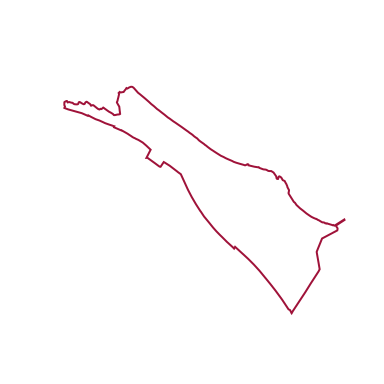 the district of Ainaži, Salacgrivas, Latvia, rotated 112°
{"feature_id": "27541924B80186779852289", "entity_name": "Ainaži", "entity_type": "district", "adm_level": 2, "iso_a3": "LVA", "parent_name": "Latvia", "parent_adm1": "Salacgrivas", "projection": "mercator", "projection_center": [24.349, 57.852], "detail": "fine", "context": "isolated", "style": "outline", "palette": "rose", "viewbox_px": 384, "rotation_deg": 112, "n_neighbors": 0, "source": "geoboundaries", "source_scale": "gbopen_adm2", "svg_char_len": 4776}
<svg xmlns="http://www.w3.org/2000/svg" viewBox="0 0 384 384"><g transform="rotate(112 192 192)"><path d="M148.7,306.8L149.0,307.0L149.1,307.7L149.1,307.9L150.1,308.8L150.1,308.7L150.2,308.8L150.2,309.0L150.2,309.4L150.2,309.9L149.9,311.3L148.7,315.2L148.5,315.9L148.8,316.8L148.9,317.0L149.1,317.3L149.5,317.5L149.7,317.8L149.8,318.0L149.7,318.2L148.9,319.0L148.5,320.0L148.4,320.8L147.8,323.1L147.8,323.4L147.9,323.7L148.3,324.0L149.0,324.4L149.8,324.5L150.3,324.5L150.6,324.6L150.9,324.9L151.1,325.2L151.2,325.5L151.1,326.9L151.0,327.8L150.7,329.0L150.7,329.6L150.7,329.9L150.8,330.2L151.0,330.4L151.4,330.6L151.7,330.6L152.5,330.5L153.1,330.6L153.5,330.9L153.6,331.1L153.9,331.6L154.3,332.8L154.5,333.3L154.6,333.9L154.6,334.5L154.5,335.0L154.1,336.0L154.1,336.5L154.3,337.0L154.4,337.8L154.6,339.6L155.5,340.8L155.2,341.3L154.6,341.8L154.5,342.1L154.6,342.4L155.2,343.0L156.3,343.9L156.7,343.9L158.6,343.2L159.4,342.8L160.3,341.8L161.1,341.8L161.4,341.9L161.9,341.8L161.8,337.8L160.8,328.9L160.2,323.7L160.4,317.8L160.4,317.0L159.8,316.9L160.2,313.3L160.4,310.9L160.6,308.7L160.4,304.6L160.6,300.1L160.7,298.8L160.7,297.9L160.5,293.6L160.3,290.6L160.3,289.5L160.3,289.0L160.2,288.7L161.2,288.6L161.3,284.7L161.4,280.3L161.2,280.3L161.8,275.7L162.1,273.5L162.5,271.7L162.9,269.6L163.2,268.2L163.3,268.0L163.5,266.5L163.5,265.4L163.6,264.6L163.7,264.0L163.8,261.2L164.6,256.2L166.1,251.8L168.3,246.2L177.4,247.0L177.0,246.1L179.2,237.1L180.4,232.5L180.6,231.6L180.5,230.9L180.4,230.6L174.8,229.4L174.9,228.6L176.0,222.5L178.5,213.5L178.8,212.6L179.7,209.0L184.7,203.7L190.3,197.8L191.6,196.4L196.8,190.3L201.9,183.7L206.5,177.2L206.8,176.6L210.3,171.5L210.4,171.3L210.5,171.1L210.6,170.9L213.8,165.0L217.1,159.1L218.7,155.9L218.9,155.5L219.3,154.7L221.2,150.4L222.5,147.2L225.2,140.9L228.0,133.3L228.7,131.8L226.7,131.5L232.9,115.0L236.1,107.5L239.7,100.0L247.8,85.2L252.3,77.4L258.0,68.2L264.6,58.6L264.8,56.8L266.7,54.7L266.9,54.5L267.1,54.2L266.5,54.1L264.7,53.9L242.4,49.4L232.1,47.6L218.2,44.9L215.8,44.7L209.8,48.4L201.3,53.7L200.6,54.0L200.3,54.0L186.4,54.0L173.2,42.9L171.6,43.2L170.9,43.7L170.1,45.0L169.3,46.0L165.2,43.2L160.8,40.1L160.4,40.5L169.5,47.0L169.8,47.2L169.8,47.9L169.7,48.0L169.7,48.3L169.8,48.3L169.9,48.6L170.0,48.7L170.0,48.9L170.1,49.0L170.1,49.8L170.6,55.1L170.7,55.3L170.9,55.5L171.0,55.6L171.0,55.8L171.0,56.0L170.9,56.0L171.0,56.2L171.0,56.5L171.1,56.9L171.0,57.1L170.9,57.2L170.8,57.6L170.9,58.6L171.0,58.7L171.1,59.1L171.2,59.4L171.2,59.5L171.3,59.7L171.3,59.8L171.3,60.1L171.0,62.1L170.8,63.2L170.7,63.8L170.7,65.1L170.6,65.3L170.5,65.6L170.5,66.1L170.5,66.5L170.4,66.6L170.4,66.9L170.5,67.1L170.5,67.9L170.5,69.2L170.3,71.9L169.8,74.4L169.0,77.9L167.6,82.3L166.7,85.6L165.9,87.7L165.3,89.2L165.0,90.1L163.4,92.5L163.0,93.9L157.3,101.8L156.5,102.2L156.1,102.2L155.8,102.2L155.4,102.4L155.1,102.4L154.8,102.5L154.3,102.6L153.8,102.9L151.8,105.3L151.0,105.8L150.4,106.4L149.8,107.0L149.3,107.5L148.4,108.7L147.1,110.2L147.0,112.3L145.2,114.6L144.8,116.0L144.8,116.9L145.1,117.2L145.9,117.3L147.6,117.1L147.9,117.7L147.9,118.3L147.5,118.8L146.0,119.7L145.0,121.2L143.4,123.7L142.9,126.4L143.5,127.8L143.8,128.9L143.8,130.0L143.6,130.8L143.6,131.9L144.3,134.4L144.4,138.2L144.4,138.7L144.1,139.1L144.0,139.5L144.4,140.2L145.2,143.7L146.1,149.6L145.4,150.0L145.3,150.4L145.4,150.9L145.7,151.2L146.9,152.2L147.4,152.8L147.5,154.4L147.9,157.9L148.3,162.1L148.4,164.8L148.2,166.1L148.1,171.1L148.0,173.5L147.7,175.9L147.6,178.7L146.6,184.2L145.3,190.8L144.3,194.5L143.7,196.3L143.4,197.8L143.0,198.8L142.1,202.7L141.5,204.9L140.8,206.4L140.3,207.5L140.1,208.7L139.6,210.8L138.9,212.7L138.5,214.1L138.1,216.1L137.5,218.1L137.0,220.3L135.6,226.0L133.9,233.6L133.5,235.7L132.4,239.9L131.9,242.4L130.6,246.5L129.6,250.1L128.7,253.1L128.1,255.6L126.7,259.4L125.7,262.8L124.6,265.6L122.9,270.5L120.7,277.4L120.2,279.2L117.3,285.0L116.9,286.5L117.0,287.2L117.3,288.0L117.9,288.7L118.8,289.6L119.6,290.1L120.3,290.7L120.2,291.7L121.8,292.0L122.9,292.4L124.9,292.9L125.3,293.6L126.5,295.5L126.3,296.5L127.7,297.1L128.6,296.3L129.0,296.2L132.2,295.7L132.9,295.6L133.2,295.6L135.6,295.2L136.9,295.3L137.2,295.1L137.7,294.5L139.6,292.1L140.0,291.5L141.4,290.7L143.5,289.6L144.9,288.8L145.2,288.6L145.9,288.4L146.2,288.2L146.4,288.0L146.5,287.9L146.8,288.0L147.0,288.3L147.4,288.7L147.5,288.8L148.1,290.2L149.0,291.4L149.5,292.2L149.6,292.3L149.7,292.7L149.9,293.0L149.9,293.4L149.7,293.6L149.6,293.9L149.5,294.2L149.3,294.5L149.2,295.0L149.1,295.5L149.0,296.3L148.8,297.2L148.8,297.7L148.7,298.2L148.7,298.7L148.6,299.2L148.3,300.5L148.0,301.8L147.8,302.4L147.7,303.1L147.6,303.4L147.5,303.7L147.4,304.2L147.3,304.7L147.2,304.9L147.1,305.1L147.1,305.3L147.1,305.5L147.2,305.8L147.1,306.0L148.7,306.8Z" fill="none" stroke="#9f1239" stroke-width="2"/></g></svg>